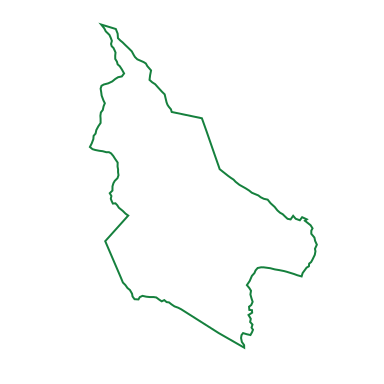 outline of Orós, Ceará, Brazil, rotated 107°
{"feature_id": "56859067B97337581228960", "entity_name": "Orós", "entity_type": "district", "adm_level": 2, "iso_a3": "BRA", "parent_name": "Brazil", "parent_adm1": "Ceará", "projection": "orthographic", "projection_center": [-38.964, -6.244], "detail": "fine", "context": "isolated", "style": "outline", "palette": "green", "viewbox_px": 384, "rotation_deg": 107, "n_neighbors": 0, "source": "geoboundaries", "source_scale": "gbopen_adm2", "svg_char_len": 2708}
<svg xmlns="http://www.w3.org/2000/svg" viewBox="0 0 384 384"><g transform="rotate(107 192 192)"><path d="M325.6,96.6L323.2,97.4L320.8,100.5L317.3,102.4L314.4,102.8L312.0,101.9L312.0,98.1L311.7,94.3L308.5,93.6L305.9,93.4L304.3,95.4L301.1,95.4L299.3,98.4L296.1,98.7L293.1,102.0L289.8,99.2L287.5,100.1L288.0,102.7L285.0,103.9L282.8,102.3L279.3,101.9L276.5,103.9L272.9,106.2L269.2,106.7L267.1,109.1L265.0,112.3L260.2,110.8L254.7,110.2L251.3,108.6L248.4,108.3L245.5,107.0L243.8,103.9L243.1,101.5L242.0,94.9L241.8,90.2L241.2,85.8L240.7,80.9L240.6,78.1L240.6,73.6L240.6,70.5L240.8,67.0L240.7,62.5L237.1,62.5L234.3,61.5L230.8,60.3L228.9,58.5L226.2,59.0L224.2,57.6L221.3,57.0L216.2,56.2L212.6,56.6L210.4,57.8L205.9,57.2L202.7,60.0L199.8,61.6L197.1,65.7L194.1,66.6L191.5,66.1L189.1,68.9L186.5,75.6L184.6,74.2L183.9,79.3L187.5,80.6L187.3,85.0L185.2,88.3L189.4,89.7L189.7,92.8L188.3,95.7L186.7,98.8L186.1,101.7L184.6,105.0L182.1,108.6L179.8,113.5L177.2,117.4L177.5,121.4L176.9,124.9L175.9,127.5L175.5,131.7L175.2,134.6L173.9,137.8L172.8,141.8L171.3,148.7L169.5,153.3L168.0,155.9L167.1,159.0L166.0,162.2L162.1,172.2L160.0,173.7L149.1,181.7L129.9,195.7L118.6,204.1L121.4,234.8L119.1,236.3L117.2,239.2L115.7,241.0L113.6,242.6L106.6,246.7L104.8,250.2L101.9,255.1L99.7,258.7L98.7,262.2L97.2,265.4L92.6,266.2L87.7,266.7L84.7,271.5L82.6,273.7L81.9,276.2L81.1,283.1L79.6,286.0L77.9,287.9L75.1,290.7L73.1,294.5L71.0,298.7L69.2,302.1L68.1,304.8L66.5,307.8L62.3,309.4L58.4,312.5L58.4,319.5L58.4,327.8L61.2,323.7L63.6,321.4L65.9,316.9L68.4,314.7L70.9,312.8L74.1,312.7L76.1,311.4L77.2,309.2L79.2,307.4L81.0,305.9L84.1,305.3L87.2,304.3L89.3,301.9L91.7,300.4L92.8,297.9L95.3,294.9L98.5,291.6L102.0,292.9L103.8,296.2L106.3,298.4L109.6,300.6L112.6,303.9L115.0,307.8L116.9,309.6L119.9,309.6L122.9,308.1L126.2,306.6L130.4,303.4L132.6,301.3L135.9,301.6L139.6,301.3L142.6,302.4L145.9,301.9L148.8,300.8L152.7,299.6L156.6,300.8L160.7,301.6L164.3,301.3L167.1,302.5L170.3,301.8L174.8,302.1L178.8,302.8L180.1,299.7L180.1,296.8L179.7,292.8L179.1,289.3L179.0,285.5L178.2,283.1L178.7,280.7L180.5,277.9L182.9,275.1L185.6,271.7L189.5,270.6L192.0,269.3L194.7,268.5L197.4,267.2L200.6,267.3L203.9,269.1L206.5,269.7L209.8,269.7L213.9,268.5L217.2,270.3L219.4,267.9L222.2,267.7L224.1,266.2L226.2,264.3L225.2,261.9L226.5,259.6L228.4,257.4L230.3,252.7L232.1,249.3L233.2,246.1L264.4,260.6L294.3,235.3L298.8,231.6L300.4,228.6L302.7,225.6L303.9,222.7L306.8,219.6L309.3,218.3L311.3,215.6L310.4,211.8L307.8,211.2L305.8,209.0L305.5,205.2L304.8,201.6L303.7,198.1L303.3,195.3L304.6,191.7L305.4,189.0L303.5,186.9L304.7,184.1L304.3,181.7L305.4,178.9L306.5,175.3L306.7,171.4L307.3,168.1L319.1,125.2L325.6,96.6Z" fill="none" stroke="#15803d" stroke-width="2"/></g></svg>